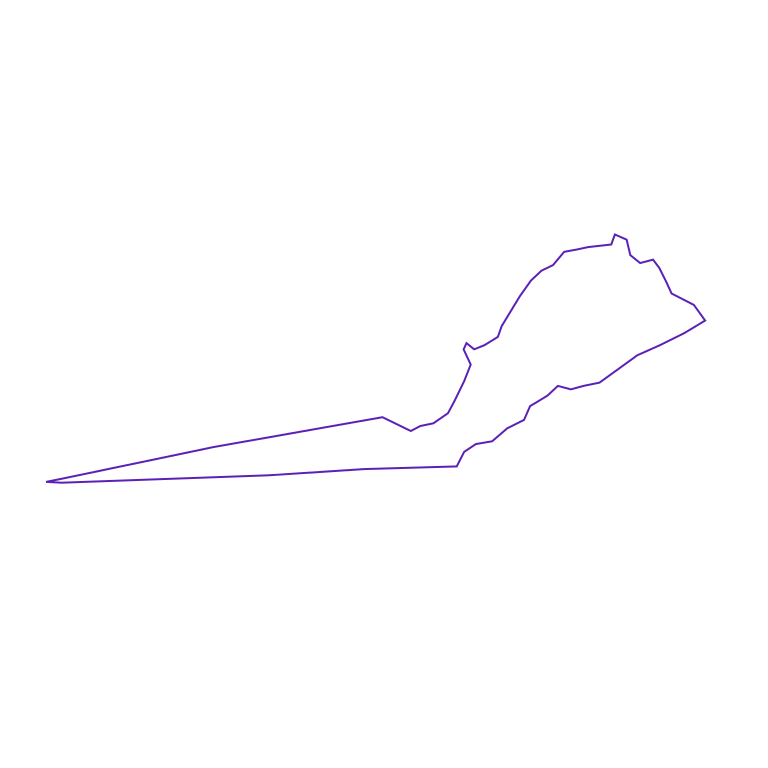 Fasli, Paphos, Cyprus, rotated 296°
{"feature_id": "46923920B97001671290706", "entity_name": "Fasli", "entity_type": "district", "adm_level": 2, "iso_a3": "CYP", "parent_name": "Cyprus", "parent_adm1": "Paphos", "projection": "mercator", "projection_center": [32.358, 35.003], "detail": "fine", "context": "isolated", "style": "outline", "palette": "violet", "viewbox_px": 768, "rotation_deg": 296, "n_neighbors": 0, "source": "geoboundaries", "source_scale": "gbopen_adm2", "svg_char_len": 838}
<svg xmlns="http://www.w3.org/2000/svg" viewBox="0 0 768 768"><g transform="rotate(296 384 384)"><path d="M147.9,123.2L154.0,137.6L251.2,320.0L298.9,403.6L341.8,485.5L358.1,485.8L370.3,492.9L379.9,506.3L398.2,514.2L413.1,525.6L428.2,525.0L434.9,529.4L445.4,536.1L458.5,541.1L461.1,554.3L469.8,564.2L479.7,577.1L520.9,599.1L540.0,615.1L561.4,631.6L581.8,644.8L590.9,627.9L591.4,602.8L600.0,592.3L609.1,580.4L613.7,571.3L605.0,561.2L607.8,548.9L620.1,538.8L619.6,526.0L609.0,527.1L596.5,507.4L589.2,498.1L581.8,488.0L565.0,483.8L554.8,475.8L541.3,470.7L522.3,467.6L503.9,465.9L487.5,464.4L476.3,465.7L463.1,457.4L454.7,449.8L456.9,440.2L450.0,440.4L439.5,453.4L421.7,454.8L399.5,454.8L385.8,454.3L370.3,445.6L362.2,435.1L353.5,428.7L353.5,397.2L252.5,258.3L157.5,135.8L147.9,123.2Z" fill="none" stroke="#5b21b6" stroke-width="2"/></g></svg>